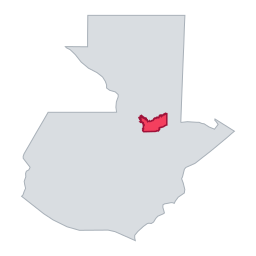 Fray Bartolomé de Las Casas, Alta Verapaz, Guatemala (highlighted)
{"feature_id": "79465075B41204934399249", "entity_name": "Fray Bartolomé de Las Casas", "entity_type": "district", "adm_level": 2, "iso_a3": "GTM", "parent_name": "Guatemala", "parent_adm1": "Alta Verapaz", "projection": "mercator", "projection_center": [-89.812, 15.886], "detail": "fine", "context": "in_parent", "style": "filled", "palette": "rose", "viewbox_px": 256, "rotation_deg": 0, "n_neighbors": 0, "source": "geoboundaries", "source_scale": "gbopen_adm2", "svg_char_len": 5970}
<svg xmlns="http://www.w3.org/2000/svg" viewBox="0 0 256 256"><path d="M21.6,196.3L23.0,194.9L24.1,191.7L25.6,188.3L24.7,184.5L24.2,181.3L25.8,176.8L25.6,173.4L26.4,171.2L28.8,169.9L30.1,167.3L23.2,158.3L23.2,156.2L24.1,153.7L29.7,144.1L36.3,132.6L43.7,120.0L48.1,112.3L64.1,112.3L74.8,112.3L88.3,112.3L103.0,112.3L112.6,112.3L116.6,112.2L115.9,107.2L116.4,101.8L118.2,96.8L118.2,94.6L115.3,91.9L109.7,90.3L106.6,88.0L106.6,84.9L105.3,81.3L102.6,77.0L97.0,72.6L88.5,68.2L81.2,62.1L75.3,54.6L70.2,49.7L66.3,47.7L65.4,46.6L76.8,46.7L87.6,46.8L87.6,35.9L87.7,26.3L87.8,15.4L107.3,15.4L130.6,15.4L154.7,15.4L173.7,15.4L184.9,15.4L184.3,29.0L183.8,44.6L183.3,56.1L182.7,71.4L182.1,87.0L181.3,108.3L180.8,122.1L181.1,122.4L187.4,121.7L196.8,122.3L199.1,122.3L201.9,123.5L204.1,123.8L208.9,126.9L214.5,129.2L218.1,124.5L216.2,121.7L214.8,120.2L215.0,119.0L234.4,131.2L232.1,133.1L227.2,137.4L218.2,144.9L210.2,151.5L202.5,157.5L195.5,163.0L194.7,163.5L185.9,167.4L184.4,169.2L182.5,176.8L181.6,178.7L183.2,183.0L184.8,189.5L184.3,193.0L178.2,197.2L175.4,201.0L174.2,203.4L173.1,202.8L171.2,202.6L166.8,203.5L164.7,203.8L163.0,204.8L162.8,207.2L163.9,211.0L164.4,213.0L163.1,213.9L157.8,216.2L155.7,218.5L153.6,222.0L151.3,223.5L148.8,223.2L147.1,223.7L143.4,226.4L137.8,231.5L134.7,235.3L134.7,238.1L135.3,240.6L114.9,231.6L108.1,230.1L79.4,230.3L67.1,226.8L53.1,219.9L43.7,213.7L21.6,196.3Z" fill="#d9dde1" stroke="#a8b0b8" stroke-width="1"/><path d="M155.7,131.4L155.9,131.2L156.3,131.2L156.5,131.1L156.7,130.9L156.9,130.7L157.2,130.9L157.4,130.9L157.7,130.8L157.9,130.8L158.1,130.7L158.3,130.9L158.6,130.6L158.8,130.5L158.8,130.3L158.9,130.2L159.0,129.9L159.1,129.7L159.3,129.6L159.1,129.4L159.3,129.1L159.2,129.0L159.3,128.7L159.2,128.7L159.3,128.4L159.2,128.3L159.2,128.2L159.3,128.2L159.3,127.9L159.4,127.7L159.9,127.5L160.3,127.5L160.6,127.6L160.7,127.4L160.9,127.3L161.0,127.2L161.3,127.1L161.5,127.2L161.7,127.3L161.9,127.2L162.3,127.0L162.7,127.0L162.8,126.9L163.0,126.8L163.2,126.7L163.6,126.6L164.0,126.4L164.2,126.1L164.6,125.8L164.6,125.7L164.8,125.6L165.0,125.6L165.3,125.6L165.5,125.5L165.9,125.3L166.0,125.1L166.3,125.0L166.4,124.9L166.8,124.9L166.8,116.1L166.8,115.7L166.8,114.3L166.8,114.0L166.8,113.7L166.7,113.7L166.6,113.8L166.7,114.0L166.4,114.2L166.2,114.2L166.3,113.8L166.2,113.7L166.0,113.8L165.9,113.8L165.8,113.5L165.7,113.5L165.6,113.3L165.4,113.3L165.1,113.5L164.9,113.7L164.7,113.8L164.3,113.9L164.3,114.2L164.4,114.3L164.4,114.6L164.2,114.5L163.9,114.4L163.8,114.5L163.6,114.5L163.4,114.5L163.1,114.8L163.2,115.0L162.8,115.2L162.8,115.3L162.5,115.4L162.5,115.6L162.2,115.5L162.2,115.2L161.9,115.1L161.9,115.3L162.1,115.5L161.9,115.8L161.9,115.5L161.7,115.4L161.5,115.6L161.4,115.6L161.3,115.4L161.1,115.5L160.9,115.4L160.7,115.6L160.7,115.4L160.5,115.2L160.4,115.3L160.2,115.3L160.1,115.2L160.0,115.3L159.8,115.3L159.7,115.4L159.5,115.5L159.6,115.9L159.6,116.1L159.4,116.2L159.4,116.4L159.4,116.5L159.2,116.7L159.1,116.9L159.0,117.0L158.9,117.4L158.8,117.6L158.5,117.4L158.3,117.2L158.2,117.2L158.0,117.5L157.9,117.7L157.7,117.6L157.4,117.7L157.0,117.2L156.8,117.3L156.7,117.4L156.5,117.5L156.4,117.5L156.1,117.9L156.2,118.2L156.1,118.4L155.9,118.4L155.9,118.2L155.7,118.2L155.4,118.1L155.1,118.0L154.9,118.1L154.6,118.1L154.5,118.3L154.1,118.5L153.8,118.9L153.8,119.0L154.0,119.2L154.0,119.3L153.9,119.4L153.7,119.4L153.7,119.6L153.6,119.8L153.4,120.0L153.2,120.0L153.0,120.5L152.8,120.6L152.7,120.6L152.5,120.4L152.4,120.4L152.2,120.5L151.9,120.5L151.7,120.6L151.4,120.8L151.2,121.2L150.9,121.2L150.7,121.3L150.6,121.2L150.4,121.2L150.0,121.2L149.9,121.2L149.7,121.1L149.6,121.4L149.4,121.3L149.1,121.3L149.1,121.2L149.0,121.3L148.8,121.3L148.8,121.1L148.3,121.2L148.2,121.3L147.9,121.5L147.9,121.4L147.7,121.2L147.3,121.0L147.2,120.9L147.1,120.7L147.3,120.4L147.2,119.8L146.9,119.8L146.8,119.6L146.7,119.6L146.3,119.6L146.5,119.4L146.2,119.2L145.8,119.1L146.0,118.9L146.3,118.7L146.2,118.5L146.2,118.3L146.0,118.1L145.8,118.0L145.7,118.1L145.6,118.3L145.8,118.6L145.6,118.7L145.6,118.8L145.3,118.7L145.4,118.4L145.2,118.3L144.9,118.4L144.9,118.0L144.8,117.9L144.7,117.9L144.6,118.1L144.4,118.1L144.1,117.7L144.0,118.0L143.9,118.1L143.6,118.1L143.7,117.8L143.5,117.7L143.4,117.8L143.2,118.0L143.1,117.9L143.1,117.5L143.1,117.4L142.5,117.4L142.4,117.3L142.3,117.2L142.5,116.9L142.8,116.7L142.7,116.6L142.2,116.9L142.2,116.5L142.4,116.2L142.0,115.9L141.8,115.8L141.5,115.8L141.4,115.5L141.3,115.4L141.2,115.5L141.0,115.8L141.3,115.9L141.3,116.3L141.4,116.5L141.2,116.7L140.9,116.5L141.0,116.9L140.8,117.0L140.6,116.8L140.4,116.7L140.4,116.9L140.2,116.9L140.1,117.1L139.8,117.1L139.6,117.3L139.9,117.7L140.0,118.0L140.1,118.4L140.0,118.5L139.9,118.6L139.6,118.4L139.4,118.2L139.2,118.1L139.3,118.4L139.4,118.6L139.6,118.8L139.7,119.2L139.8,119.2L140.1,119.0L140.3,119.0L140.2,119.3L140.1,119.5L140.3,119.8L140.4,119.7L140.5,119.5L140.6,119.1L140.6,118.9L140.6,118.7L140.8,118.5L140.9,119.3L140.7,119.5L140.8,119.6L141.0,119.8L140.9,120.1L140.6,120.0L140.8,120.2L140.8,120.3L140.7,120.4L140.5,120.5L140.7,121.0L141.1,121.0L141.3,121.3L141.2,121.4L141.0,121.5L140.7,121.4L140.4,121.5L140.6,121.6L140.8,121.6L140.8,122.1L140.6,122.3L140.8,122.4L141.1,122.2L141.1,121.9L141.2,121.7L141.4,121.8L141.7,121.8L141.8,121.9L141.8,122.1L141.6,122.2L141.4,122.1L141.4,122.3L141.5,122.4L141.8,122.3L142.2,122.6L142.4,122.7L142.6,122.4L142.8,122.4L143.0,122.6L142.8,122.7L142.6,122.7L142.6,122.9L142.7,123.0L143.0,123.1L143.3,123.4L143.2,123.5L143.0,123.4L143.0,123.5L142.9,123.8L143.1,124.1L143.2,124.3L143.4,124.3L143.6,124.3L143.8,124.5L143.8,124.8L144.1,124.9L144.2,125.0L144.1,125.3L143.6,125.4L143.4,125.5L143.6,126.2L143.5,126.4L143.4,126.5L143.4,126.8L143.3,127.0L143.4,127.5L143.2,127.8L143.5,128.6L142.7,128.7L142.6,128.9L142.7,129.0L142.9,129.1L143.2,129.5L143.1,129.9L143.0,130.1L143.0,130.3L142.8,130.2L142.7,130.3L142.8,130.6L142.8,130.8L143.0,130.9L143.7,131.7L143.8,131.7L155.7,131.4Z" fill="#f43f5e" stroke="#9f1239" stroke-width="1.5"/></svg>